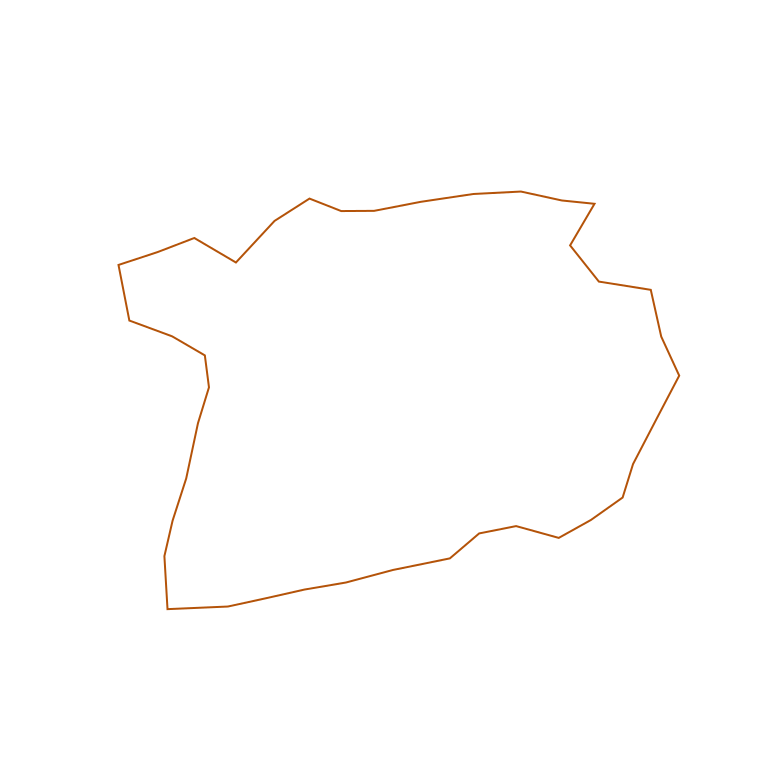 outline of São Caetano do Sul, São Paulo, Brazil, rotated 249°
{"feature_id": "56859067B69801907624769", "entity_name": "São Caetano do Sul", "entity_type": "district", "adm_level": 2, "iso_a3": "BRA", "parent_name": "Brazil", "parent_adm1": "São Paulo", "projection": "albers", "projection_center": [-46.565, -23.625], "detail": "fine", "context": "isolated", "style": "outline", "palette": "amber", "viewbox_px": 768, "rotation_deg": 249, "n_neighbors": 0, "source": "geoboundaries", "source_scale": "gbopen_adm2", "svg_char_len": 658}
<svg xmlns="http://www.w3.org/2000/svg" viewBox="0 0 768 768"><g transform="rotate(249 384 384)"><path d="M590.3,178.8L534.5,169.0L504.4,203.3L474.9,227.0L443.6,219.4L414.1,196.3L366.7,165.5L332.1,137.6L302.0,117.3L251.4,101.2L232.2,158.5L226.4,196.3L220.6,236.1L212.3,277.4L207.2,325.6L197.6,383.0L210.4,419.3L204.0,456.4L177.7,492.0L182.9,528.4L192.5,566.1L220.0,587.8L254.6,626.9L286.0,662.6L328.9,659.8L376.3,666.8L402.6,621.3L446.7,607.4L476.8,645.1L491.6,615.8L514.6,580.8L529.4,535.4L540.9,483.6L549.2,436.8L560.8,406.0L583.8,380.9L575.5,340.3L550.5,289.3L588.3,259.2L588.3,220.1L590.3,178.8Z" fill="none" stroke="#b45309" stroke-width="2"/></g></svg>